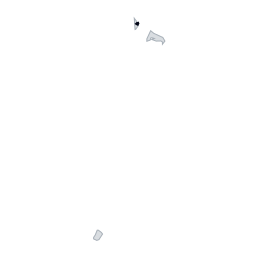 'Eua fo'ou, Eua, Tonga shown in context, rotated 174°
{"feature_id": "48082658B68963423411416", "entity_name": "'Eua fo'ou", "entity_type": "district", "adm_level": 2, "iso_a3": "TON", "parent_name": "Tonga", "parent_adm1": "Eua", "projection": "natural_earth1", "projection_center": [-174.959, -21.373], "detail": "fine", "context": "in_parent", "style": "filled", "palette": "ink", "viewbox_px": 256, "rotation_deg": 174, "n_neighbors": 0, "source": "geoboundaries", "source_scale": "gbopen_adm2", "svg_char_len": 942}
<svg xmlns="http://www.w3.org/2000/svg" viewBox="0 0 256 256"><g transform="rotate(174 128 128)"><path d="M94.9,215.3L95.8,215.3L96.8,213.1L100.2,212.3L99.9,214.7L95.3,222.4L92.4,219.4L83.9,214.4L82.2,210.6L85.0,207.7L84.8,210.0L86.2,211.1L90.9,211.5L95.2,213.6L92.5,214.3L94.9,215.3ZM171.7,25.1L169.3,29.6L168.2,29.5L165.4,26.9L164.4,25.2L168.6,20.0L170.8,19.5L173.8,21.3L173.6,22.8L171.7,25.1ZM110.7,225.2L110.3,236.5L107.2,231.3L106.9,228.9L110.0,225.4L110.7,225.2Z" fill="#d9dde1" stroke="#a8b0b8" stroke-width="1"/><path d="M106.9,230.4L106.9,230.5L106.9,230.8L106.8,231.0L106.8,231.3L106.7,231.3L106.8,231.5L106.8,231.8L108.0,231.6L108.4,231.6L108.5,231.6L108.6,231.4L108.6,231.2L109.0,230.9L109.2,230.7L109.3,230.7L109.2,230.5L109.1,230.4L108.9,230.3L108.8,230.2L108.3,230.1L108.2,230.2L108.0,229.8L108.0,229.7L107.9,229.5L107.4,229.6L107.5,229.9L107.5,230.3L106.9,230.4Z" fill="#0f172a" stroke="#020617" stroke-width="1.5"/></g></svg>